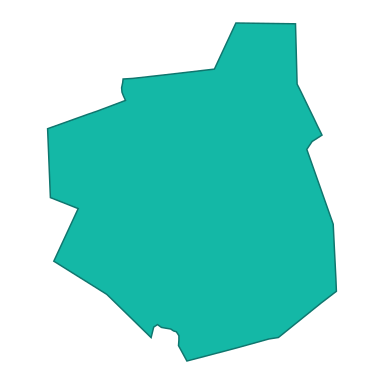 the district of Botuporã, Bahia, Brazil
{"feature_id": "56859067B81819633149990", "entity_name": "Botuporã", "entity_type": "district", "adm_level": 2, "iso_a3": "BRA", "parent_name": "Brazil", "parent_adm1": "Bahia", "projection": "natural_earth1", "projection_center": [-42.533, -13.321], "detail": "fine", "context": "isolated", "style": "filled", "palette": "teal", "viewbox_px": 384, "rotation_deg": 0, "n_neighbors": 0, "source": "geoboundaries", "source_scale": "gbopen_adm2", "svg_char_len": 712}
<svg xmlns="http://www.w3.org/2000/svg" viewBox="0 0 384 384"><path d="M295.5,23.8L235.9,23.0L221.1,54.7L214.4,69.1L164.3,74.9L132.9,78.4L123.1,79.0L122.7,82.6L121.6,87.8L122.0,92.2L123.4,95.8L125.5,100.4L97.2,111.1L88.4,114.1L47.6,128.7L50.4,197.6L78.2,208.6L53.8,261.2L106.7,294.3L109.2,296.7L151.1,337.6L153.7,327.1L157.5,324.6L161.4,327.4L165.8,328.2L170.7,329.0L173.5,330.9L176.4,331.8L178.9,335.7L178.9,340.1L178.5,345.6L186.9,361.0L237.1,347.8L268.8,339.0L278.4,337.5L321.0,303.1L336.4,291.3L335.9,278.8L334.3,246.8L333.2,224.2L306.8,149.4L312.1,141.5L322.0,135.1L320.4,131.8L317.7,126.4L313.8,118.2L309.3,109.0L300.5,90.8L297.1,84.1L295.5,23.8Z" fill="#14b8a6" stroke="#0f766e" stroke-width="1.5"/></svg>